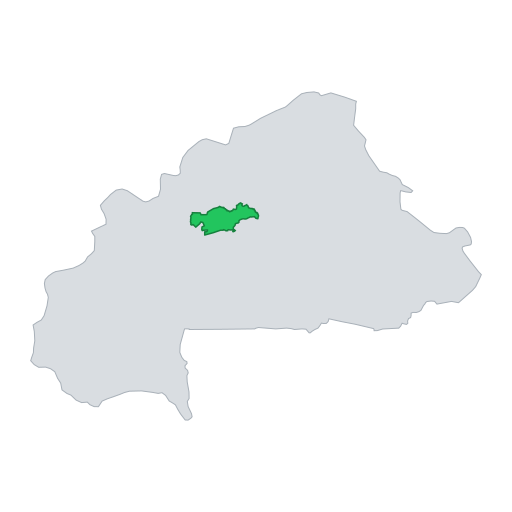 Passore, Passoré, Burkina Faso shown in context
{"feature_id": "67063806B82563699600395", "entity_name": "Passore", "entity_type": "district", "adm_level": 2, "iso_a3": "BFA", "parent_name": "Burkina Faso", "parent_adm1": "Passoré", "projection": "albers", "projection_center": [-2.033, 12.893], "detail": "fine", "context": "in_parent", "style": "filled", "palette": "green", "viewbox_px": 512, "rotation_deg": 0, "n_neighbors": 0, "source": "geoboundaries", "source_scale": "gbopen_adm2", "svg_char_len": 8274}
<svg xmlns="http://www.w3.org/2000/svg" viewBox="0 0 512 512"><path d="M397.3,328.2L382.7,329.0L377.3,330.6L374.1,330.7L374.0,329.4L373.6,328.6L355.0,324.2L342.0,321.7L328.9,318.8L328.1,321.6L326.3,323.4L323.4,323.5L321.4,323.1L320.1,325.3L318.0,328.1L314.9,329.5L312.0,331.3L310.3,332.8L309.1,332.8L306.0,329.2L302.0,328.9L294.5,329.5L291.2,328.6L286.6,328.1L275.7,328.9L258.4,327.5L255.6,328.3L254.8,328.9L237.7,329.1L218.8,329.3L203.0,329.4L189.2,329.5L189.1,328.9L184.7,328.8L184.2,330.0L180.2,344.5L179.8,352.4L181.8,357.3L184.2,360.4L186.8,361.6L187.1,363.4L185.0,365.7L185.1,368.0L187.6,370.4L188.2,372.9L186.9,375.6L187.2,381.9L189.0,392.0L189.1,398.5L187.3,401.4L188.1,406.5L191.5,413.7L192.1,416.8L190.9,418.2L188.1,420.1L185.2,420.0L181.8,415.6L180.4,413.7L177.7,409.2L175.4,404.8L172.3,402.8L169.2,401.0L165.6,395.4L162.0,392.7L158.2,393.4L152.7,392.4L141.5,390.9L129.5,391.2L124.5,392.5L119.6,394.5L107.1,398.9L102.1,401.1L98.4,406.7L94.1,406.6L89.9,404.7L87.3,402.1L81.6,402.6L76.1,400.1L70.9,395.1L67.0,393.5L62.0,389.9L60.7,383.1L57.6,378.3L54.8,371.7L50.5,368.7L45.6,367.1L38.7,367.3L34.2,364.6L30.7,360.7L31.7,357.4L33.4,352.7L33.6,348.1L34.8,340.8L34.3,331.5L33.1,325.0L36.9,322.4L41.3,320.0L44.1,315.7L47.0,305.9L48.3,297.4L47.5,294.2L46.1,291.7L45.0,288.0L44.4,283.5L45.2,279.6L48.5,276.0L52.7,273.0L55.6,271.6L63.4,270.2L73.2,268.1L78.8,265.6L82.9,263.1L85.2,261.1L87.6,256.9L91.4,253.8L94.3,250.6L94.8,241.5L94.8,236.4L92.7,233.5L91.5,231.1L106.0,224.2L106.1,219.2L104.1,213.6L101.4,209.1L100.4,205.3L104.4,200.7L107.9,197.4L110.5,194.5L116.2,190.1L122.1,189.0L127.3,190.7L143.0,201.2L145.7,201.9L148.9,201.1L153.1,198.4L158.5,196.3L160.5,189.3L160.3,179.1L161.6,174.4L164.4,173.5L173.4,175.5L175.7,175.7L178.4,175.0L180.3,173.2L180.2,169.9L179.8,167.0L182.8,157.5L188.1,150.4L199.0,141.5L202.3,139.7L206.3,138.8L225.6,144.9L228.8,143.4L233.5,128.2L238.7,126.8L245.0,126.5L249.1,125.2L251.2,124.1L260.4,118.4L276.6,110.5L285.3,107.1L287.0,105.8L293.3,100.2L301.5,93.8L306.8,92.5L314.0,91.9L318.7,93.0L319.9,94.8L321.4,95.7L330.9,92.9L344.6,97.1L356.4,101.3L355.7,104.0L355.7,108.8L354.7,116.3L353.6,125.3L358.5,131.1L364.4,137.4L366.0,139.8L364.5,146.0L365.7,149.6L368.8,155.7L374.1,163.3L379.6,171.2L383.4,172.2L386.9,172.8L389.1,174.1L392.3,175.5L395.5,176.3L398.2,178.0L400.0,179.7L402.3,184.6L408.5,187.7L412.7,190.8L411.1,192.5L405.7,191.9L400.7,190.6L400.1,192.9L400.0,201.9L400.9,209.3L402.1,210.3L407.1,211.6L419.2,221.1L430.2,230.1L433.9,232.5L439.9,233.3L446.6,233.6L449.5,232.7L456.0,228.0L459.4,227.4L462.6,227.5L464.4,228.2L467.6,231.9L470.6,237.5L471.5,241.7L471.2,244.0L470.3,244.9L464.9,246.0L462.6,246.9L462.1,248.2L462.9,251.0L464.0,252.8L470.0,260.9L478.6,271.8L481.3,274.6L479.9,277.9L475.7,286.6L472.5,290.3L458.5,302.7L451.5,301.4L436.9,304.1L434.6,301.3L431.2,301.0L427.0,301.5L425.5,302.6L425.0,303.8L423.5,305.5L420.9,310.4L418.8,311.7L416.2,312.5L413.0,312.4L411.1,313.1L411.1,315.5L410.6,317.6L408.5,318.6L407.6,321.0L407.8,323.3L406.5,324.4L403.7,323.8L402.1,323.2L400.6,326.2L398.7,328.2L397.3,328.2Z" fill="#d9dde1" stroke="#a8b0b8" stroke-width="1"/><path d="M195.8,227.1L198.7,224.6L199.7,223.7L200.0,223.4L200.1,223.2L200.1,222.9L200.2,222.7L200.6,222.3L200.7,222.1L200.8,221.9L201.0,221.9L201.3,222.0L201.7,222.2L202.2,222.3L202.6,222.4L203.2,223.0L203.3,223.6L203.5,223.8L203.6,224.1L204.3,225.8L203.8,226.1L202.2,226.8L202.0,227.0L201.9,228.0L201.8,229.0L201.8,229.5L202.1,230.4L202.2,230.5L202.3,230.6L202.6,230.5L202.7,230.4L202.8,230.4L203.2,230.3L203.4,230.2L203.8,230.3L204.2,230.2L204.8,230.2L205.4,230.1L206.0,230.0L206.6,230.0L207.4,230.0L207.4,230.8L207.2,231.2L207.0,231.4L206.8,231.6L206.5,231.7L205.4,231.8L205.1,231.8L204.7,231.9L204.7,233.2L204.8,234.0L204.7,234.8L204.8,235.0L208.9,233.9L213.6,232.6L215.0,232.1L215.9,231.8L220.6,230.2L223.1,230.2L223.2,229.9L223.5,229.7L223.8,229.7L224.0,229.8L224.8,230.1L225.5,230.6L226.1,230.8L226.3,230.8L226.5,230.8L226.7,230.7L226.8,230.7L226.9,230.8L227.0,230.8L227.1,230.7L227.7,230.6L227.7,230.3L227.7,230.2L228.1,229.8L228.4,229.7L228.8,229.7L229.3,229.8L230.1,230.0L231.2,229.9L231.8,229.9L232.6,229.8L232.8,229.9L233.0,230.0L233.3,230.3L233.1,230.7L232.9,231.2L232.8,231.4L232.9,231.6L233.0,231.6L233.3,231.7L233.6,231.6L234.3,231.3L235.2,230.6L234.9,230.3L234.7,230.0L234.6,229.9L234.4,229.8L234.1,229.8L234.1,229.7L233.7,229.4L233.5,229.1L233.4,228.9L233.3,228.6L233.3,228.2L233.3,227.8L233.4,227.4L233.5,227.0L233.7,226.8L234.7,225.8L234.9,225.4L235.1,225.1L235.2,224.9L235.2,224.5L235.3,224.0L235.4,223.8L235.6,223.6L235.8,223.5L236.0,223.4L236.5,223.4L237.0,223.2L237.4,223.1L237.5,223.0L238.0,223.0L238.3,222.9L238.6,222.6L238.9,222.3L239.0,222.0L239.0,221.8L238.9,221.5L238.9,221.3L238.9,220.9L239.1,220.6L239.4,220.3L239.7,220.0L239.9,219.9L240.5,219.6L241.5,219.2L242.1,219.0L243.0,218.8L243.5,218.8L245.0,219.0L245.5,219.0L246.0,218.9L246.4,218.8L246.8,218.7L247.6,218.2L247.9,218.0L248.4,217.8L248.9,217.6L250.3,216.8L250.5,216.9L250.9,217.0L251.4,217.0L252.7,216.8L253.1,216.8L253.3,216.8L253.6,216.8L253.9,216.8L254.3,216.6L254.5,216.7L254.7,216.9L255.3,217.6L255.8,218.2L256.0,218.3L257.5,218.7L257.9,218.6L257.9,218.4L257.9,218.1L258.2,217.0L258.4,216.5L258.5,215.8L258.4,215.1L258.2,214.8L258.1,214.6L257.9,214.4L257.6,214.0L257.5,213.8L257.5,213.3L257.4,213.1L257.1,213.0L256.9,212.9L256.7,212.7L257.1,212.7L256.9,212.5L256.8,212.4L256.5,212.5L256.3,212.5L256.1,212.4L256.1,212.5L255.8,212.3L255.7,212.1L255.5,211.8L255.4,211.4L255.2,211.3L255.1,211.7L254.9,211.5L254.7,211.4L254.8,211.4L255.1,211.3L255.0,211.1L255.1,210.9L255.0,210.5L255.0,210.4L254.9,210.4L254.7,210.2L254.6,210.3L254.3,210.1L254.3,209.7L254.2,209.3L254.2,209.1L253.9,208.9L253.6,208.9L253.3,208.9L253.1,209.1L252.9,209.0L252.7,208.9L252.1,208.4L251.8,208.4L251.3,208.5L251.2,208.6L250.7,208.5L249.5,208.1L249.1,208.1L248.8,207.8L248.6,207.5L248.2,206.9L248.2,206.6L247.9,206.2L247.9,205.9L247.8,205.7L247.7,205.6L247.4,205.6L247.2,205.5L247.1,205.3L246.8,205.0L246.7,204.7L245.7,205.3L244.6,205.7L244.6,205.8L244.5,206.0L244.3,206.1L244.0,206.2L243.8,206.4L243.5,206.4L243.4,206.5L243.3,206.9L243.3,206.7L243.1,206.5L243.1,206.3L242.9,206.1L242.5,205.9L242.0,205.6L242.0,205.4L241.9,205.3L241.9,205.1L242.3,203.9L241.8,203.7L241.5,203.8L241.3,203.7L241.2,203.5L241.0,203.3L240.9,203.0L240.7,203.0L240.5,202.9L240.1,203.1L239.6,203.5L239.4,203.5L239.2,203.6L238.2,204.5L237.9,205.0L237.7,205.2L237.3,205.2L237.2,205.2L237.0,205.3L236.6,205.4L236.5,205.6L236.5,205.8L236.6,206.2L236.7,206.7L236.7,207.3L236.5,207.9L236.5,208.2L236.5,208.9L236.4,209.0L235.8,209.4L235.6,209.4L235.4,209.5L235.2,209.5L235.0,209.4L234.8,209.4L234.6,209.3L234.0,209.3L233.9,209.2L233.7,209.1L233.4,209.2L233.2,209.3L233.1,209.6L233.0,209.9L232.7,210.4L232.4,210.7L232.0,210.8L232.0,210.7L231.8,210.7L231.7,210.7L231.6,210.8L231.6,211.0L231.1,211.3L230.9,211.4L230.6,211.4L230.4,211.2L230.2,211.1L229.9,211.2L229.8,211.3L229.8,211.5L229.7,211.7L229.3,211.4L229.2,211.2L228.8,211.0L228.6,211.1L228.4,210.9L228.1,210.8L227.9,210.6L227.4,210.4L227.4,210.5L227.2,210.8L226.9,210.7L226.9,210.3L226.9,210.1L226.8,209.9L226.7,209.8L226.4,209.8L226.1,209.8L226.0,209.7L225.8,209.5L225.7,209.3L225.7,209.1L225.4,208.8L224.9,208.7L224.4,208.6L224.1,208.3L224.1,208.1L224.1,207.8L223.9,207.6L223.8,207.8L223.7,207.8L223.5,207.7L223.4,207.7L223.2,207.7L222.9,207.7L222.7,207.6L222.6,207.4L222.4,207.4L222.2,207.4L221.9,207.3L221.4,207.4L221.2,207.3L221.1,207.1L220.9,207.0L220.6,207.0L220.4,206.8L220.1,206.8L220.0,206.6L219.8,206.5L219.7,206.6L219.4,206.5L219.2,206.6L218.7,207.1L218.5,207.3L218.2,207.4L217.6,207.5L217.2,207.7L213.5,208.6L212.0,209.5L207.7,212.0L207.4,212.7L207.5,212.8L206.8,214.6L203.9,214.7L201.0,214.7L200.6,213.7L200.1,212.9L195.2,212.8L192.4,212.7L192.4,213.4L192.4,213.9L192.4,214.2L192.1,214.3L191.9,214.3L191.7,214.5L191.5,214.9L191.5,215.1L190.7,216.1L190.6,216.4L190.6,216.6L190.8,216.9L190.9,217.5L190.9,218.1L190.7,219.0L190.6,219.4L190.7,219.7L190.8,220.1L190.7,220.5L190.5,221.1L190.5,221.5L190.5,221.9L191.0,223.0L191.0,223.4L190.8,223.7L190.8,224.0L190.8,224.3L190.9,224.6L191.0,224.7L191.2,224.8L191.4,224.9L191.6,225.0L192.0,224.9L192.5,224.9L192.9,224.6L193.2,224.6L193.3,224.7L194.4,225.8L195.8,227.1Z" fill="#22c55e" stroke="#15803d" stroke-width="1.5"/></svg>